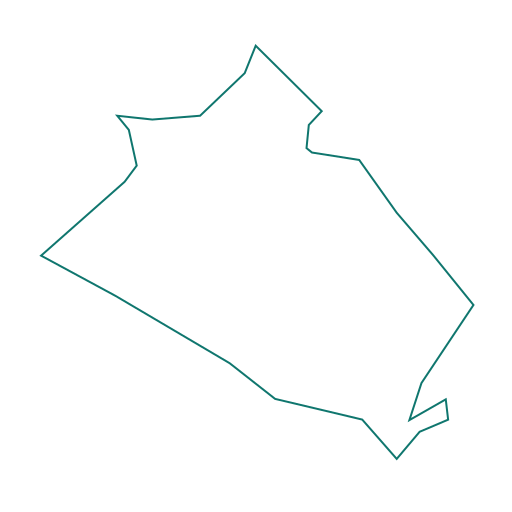 Russell, Kentucky, United States of America, rotated 267°
{"feature_id": "52423323B32908051821127", "entity_name": "Russell", "entity_type": "district", "adm_level": 2, "iso_a3": "USA", "parent_name": "United States of America", "parent_adm1": "Kentucky", "projection": "albers", "projection_center": [-85.04, 37.007], "detail": "fine", "context": "isolated", "style": "outline", "palette": "teal", "viewbox_px": 512, "rotation_deg": 267, "n_neighbors": 0, "source": "geoboundaries", "source_scale": "gbopen_adm2", "svg_char_len": 496}
<svg xmlns="http://www.w3.org/2000/svg" viewBox="0 0 512 512"><g transform="rotate(267 256 256)"><path d="M466.0,266.7L439.2,254.3L399.0,207.5L397.7,159.6L403.3,124.8L388.6,135.6L352.5,141.6L337.0,128.7L267.6,41.4L223.4,113.8L150.3,224.1L112.3,267.6L87.1,353.5L46.0,385.9L71.9,410.2L82.5,439.3L102.9,438.0L84.1,400.6L120.5,414.6L195.7,470.6L247.5,433.0L291.8,398.8L346.5,364.1L356.4,317.3L361.1,312.1L384.1,315.6L397.2,329.2L466.0,266.7Z" fill="none" stroke="#0f766e" stroke-width="2"/></g></svg>